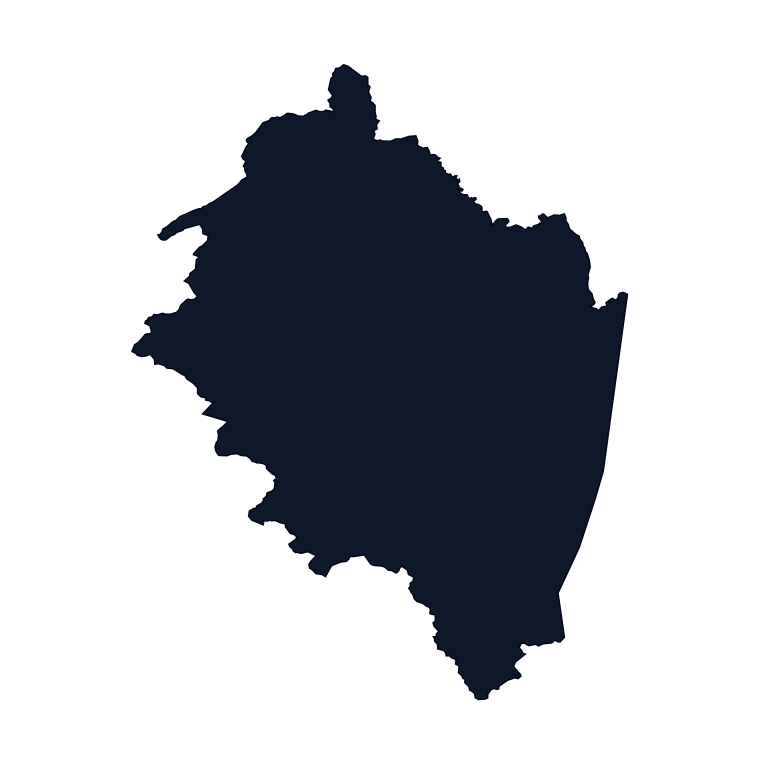 Chanchamayo, Junín, Peru (Natural Earth projection), rotated 266°
{"feature_id": "86281439B40126444259692", "entity_name": "Chanchamayo", "entity_type": "district", "adm_level": 2, "iso_a3": "PER", "parent_name": "Peru", "parent_adm1": "Junín", "projection": "natural_earth1", "projection_center": [-75.066, -11.002], "detail": "fine", "context": "isolated", "style": "filled", "palette": "ink", "viewbox_px": 768, "rotation_deg": 266, "n_neighbors": 0, "source": "geoboundaries", "source_scale": "gbopen_adm2", "svg_char_len": 6141}
<svg xmlns="http://www.w3.org/2000/svg" viewBox="0 0 768 768"><g transform="rotate(266 384 384)"><path d="M657.8,295.6L657.1,294.0L657.5,290.9L656.6,289.2L654.9,288.2L653.0,281.5L644.3,274.2L640.7,269.8L638.4,264.9L636.8,263.8L635.3,264.0L633.3,266.0L630.3,263.2L620.9,257.9L618.1,259.3L616.1,261.8L611.2,259.0L609.9,259.9L605.9,260.3L602.1,262.2L599.7,261.3L597.5,256.6L592.6,251.7L577.4,226.1L576.0,222.2L574.2,219.5L573.5,216.0L571.4,213.7L571.8,211.8L570.4,206.5L565.2,192.1L561.9,188.1L560.4,184.4L556.2,178.7L553.8,174.0L551.6,173.5L549.7,171.9L548.6,170.8L548.6,169.0L546.1,169.9L544.0,171.6L543.2,173.2L542.9,176.2L546.9,182.2L547.7,185.2L549.8,188.1L551.3,193.9L553.0,195.6L556.1,210.7L555.4,211.8L551.3,213.9L546.6,213.9L544.3,219.0L539.3,218.0L534.1,211.8L533.4,209.6L527.1,203.1L526.3,203.0L524.2,207.9L522.9,207.7L521.0,205.5L511.7,204.0L507.8,198.2L505.0,197.6L500.6,192.0L498.0,196.4L488.3,201.0L484.4,204.1L481.6,200.7L481.5,196.8L482.3,194.8L481.7,192.9L476.8,186.8L472.3,184.6L469.9,182.0L468.5,176.1L468.8,171.3L470.0,167.8L468.7,163.1L469.4,159.5L467.0,157.1L466.7,153.9L464.4,152.4L463.4,150.5L461.2,149.7L458.5,154.6L452.0,155.9L450.3,153.9L450.6,151.3L449.9,149.1L442.8,142.1L440.5,137.9L434.0,134.9L431.6,138.8L429.9,139.9L428.3,144.1L428.6,148.7L430.0,152.7L425.0,156.6L419.7,156.8L420.0,160.5L417.5,166.6L415.1,168.4L414.0,174.5L407.0,184.3L406.7,185.7L402.8,187.7L398.2,193.6L394.1,197.1L392.2,197.9L388.3,197.4L386.6,198.0L384.0,200.6L382.7,205.1L381.9,205.5L380.7,204.9L380.1,205.5L379.9,207.7L377.4,211.5L377.6,212.8L366.8,201.0L357.4,226.0L348.7,214.7L344.6,215.4L339.6,214.5L336.5,212.3L333.0,211.0L328.5,211.7L324.3,214.2L323.4,222.5L324.6,226.2L324.8,232.4L322.7,236.5L321.8,242.2L318.6,245.8L316.0,247.1L315.3,249.8L314.1,251.8L314.1,253.9L313.0,258.0L311.8,260.0L310.6,261.1L308.4,260.9L306.9,261.8L302.3,266.1L300.3,269.3L296.7,270.1L296.5,268.6L295.3,267.3L293.2,268.5L287.3,267.3L285.0,264.9L283.5,259.8L280.9,259.1L279.0,257.5L278.0,255.6L276.3,255.7L273.5,253.6L271.4,248.9L269.1,247.8L268.9,245.4L266.7,240.9L261.5,239.7L257.2,242.9L252.0,253.7L256.0,254.5L255.4,258.5L256.4,260.4L255.4,262.0L255.5,265.8L252.9,270.7L251.4,275.8L248.3,275.8L241.5,280.1L240.0,284.1L237.4,286.4L235.1,284.9L230.9,278.0L228.4,278.7L225.8,281.3L223.8,281.9L222.0,284.1L222.2,285.4L220.9,289.3L222.0,296.3L217.5,304.6L212.5,298.9L209.3,296.5L205.5,297.0L203.3,299.9L199.6,302.9L198.2,309.0L195.9,312.2L206.0,318.7L206.8,320.1L209.4,328.2L209.7,334.2L211.7,336.6L214.4,338.1L214.0,342.2L214.9,352.4L205.5,358.0L203.8,360.9L202.8,367.9L201.5,371.8L198.0,375.4L197.2,379.1L194.9,382.3L194.8,383.4L196.5,385.5L200.9,387.9L200.0,390.4L196.9,394.2L192.3,395.2L189.3,400.2L185.3,399.2L183.2,396.1L180.7,396.3L178.4,394.4L176.6,395.8L174.1,396.4L172.4,398.1L167.7,399.2L164.8,401.7L162.4,407.6L159.5,410.7L157.9,413.9L155.5,414.5L151.9,413.8L150.7,416.1L150.6,418.0L149.7,419.0L144.3,418.8L142.2,416.3L138.8,417.1L133.9,421.0L132.9,421.0L131.2,418.8L128.6,418.8L128.3,415.6L126.3,416.7L123.9,416.6L120.6,419.2L116.0,419.1L114.1,424.9L111.9,426.6L108.5,427.2L108.3,430.5L106.0,432.5L104.6,436.0L102.6,436.5L99.7,435.8L97.3,439.3L90.9,438.1L87.4,441.4L84.8,442.2L83.6,445.0L81.9,443.8L80.0,444.0L76.7,447.3L72.4,448.3L71.7,450.0L68.7,452.9L64.7,453.1L62.7,456.3L62.7,463.1L63.6,465.5L67.2,465.9L71.8,469.6L72.6,472.1L71.5,475.8L71.9,477.2L74.5,477.6L79.8,486.5L81.8,493.9L80.8,497.2L83.0,500.2L84.6,499.9L92.0,494.2L93.7,493.7L97.6,495.8L104.7,506.1L105.7,503.6L108.1,502.9L111.5,500.5L115.9,502.8L115.6,506.1L112.9,510.1L113.8,517.4L111.9,519.7L113.8,524.7L114.0,532.6L114.6,534.4L116.7,536.3L114.6,539.8L114.4,541.7L118.8,546.3L163.3,543.0L207.4,567.4L254.3,586.5L281.6,596.6L456.5,633.1L458.7,628.9L458.1,625.6L456.8,624.1L455.1,624.1L452.4,622.8L451.7,620.3L453.5,618.0L453.1,616.8L449.7,611.1L447.2,611.8L446.2,611.3L445.5,606.5L442.6,603.4L442.9,602.2L444.4,601.2L444.9,598.4L446.8,595.5L448.9,599.1L450.7,600.2L454.4,598.6L459.3,597.8L464.1,594.3L466.8,594.1L470.8,594.2L475.7,595.4L478.5,595.0L486.3,597.8L493.3,597.4L499.9,595.8L502.4,594.1L505.7,593.7L507.5,592.4L511.5,591.9L515.0,589.3L517.9,589.0L520.0,585.5L525.9,579.9L530.8,578.7L534.0,576.8L536.8,577.1L541.1,575.8L539.9,570.9L540.7,565.5L538.3,558.8L542.3,555.2L542.5,554.0L541.1,552.3L540.6,550.0L539.0,550.0L534.8,552.9L533.1,552.5L533.8,550.9L532.3,549.0L531.3,544.7L528.9,541.9L530.3,539.7L530.3,538.5L528.4,537.0L528.5,534.9L531.1,531.8L533.4,527.0L531.5,521.0L531.5,517.6L532.1,516.5L534.0,516.1L537.3,519.8L539.8,519.0L540.4,518.1L540.7,509.4L539.4,507.3L536.1,504.2L535.7,501.9L537.1,502.7L541.1,502.0L548.7,498.9L549.2,498.1L548.7,495.3L549.5,493.9L551.3,493.7L551.5,491.3L552.6,494.1L554.5,493.5L556.8,490.2L556.7,488.5L559.9,485.6L561.7,488.7L563.2,488.6L563.6,487.5L562.9,485.4L563.7,484.2L562.9,482.6L564.4,481.1L566.9,480.2L567.5,475.7L569.9,472.7L571.8,473.3L571.0,475.2L572.5,476.4L574.0,474.6L573.8,471.2L576.0,472.9L577.5,471.7L578.7,471.5L580.6,473.7L583.0,473.3L581.9,471.8L583.3,471.2L584.1,469.9L586.6,471.1L586.7,469.5L585.4,466.8L588.9,464.7L588.5,463.2L590.1,460.0L592.4,459.9L592.3,458.8L595.4,458.1L596.4,456.3L599.1,455.9L600.8,456.4L601.8,455.0L600.9,453.3L601.5,452.7L603.3,453.1L605.3,455.7L606.2,453.5L608.6,451.6L609.4,449.9L609.2,445.9L613.5,445.2L616.9,443.5L616.5,439.2L619.4,434.3L620.9,434.0L623.8,434.7L629.3,433.1L629.3,426.3L627.2,418.2L627.7,413.2L625.7,407.6L626.5,399.3L627.7,397.2L627.1,394.2L628.5,391.0L629.8,390.6L633.8,392.4L637.4,391.4L639.0,394.9L643.3,394.6L646.9,397.6L648.6,394.1L651.3,394.8L655.5,394.0L662.5,394.5L665.4,392.4L666.8,390.0L671.0,391.0L676.6,388.8L681.0,390.7L682.1,390.3L683.3,388.7L690.9,389.2L692.6,387.3L692.5,382.9L703.4,370.4L705.3,365.9L702.3,361.6L702.1,357.9L698.7,356.3L697.3,354.5L694.2,354.6L692.7,352.5L681.6,349.2L675.3,352.9L672.5,351.0L671.5,348.3L670.7,348.0L668.0,349.7L664.4,349.6L661.7,352.9L658.6,351.8L660.2,349.3L660.7,346.2L661.3,345.6L659.9,341.9L660.3,338.4L661.7,335.1L659.3,327.0L657.4,325.1L657.8,324.2L656.6,322.1L657.4,316.9L659.7,312.5L660.7,307.1L660.5,305.6L659.4,304.5L656.9,299.1L657.8,295.6Z" fill="#0f172a" stroke="#020617" stroke-width="1.5"/></g></svg>